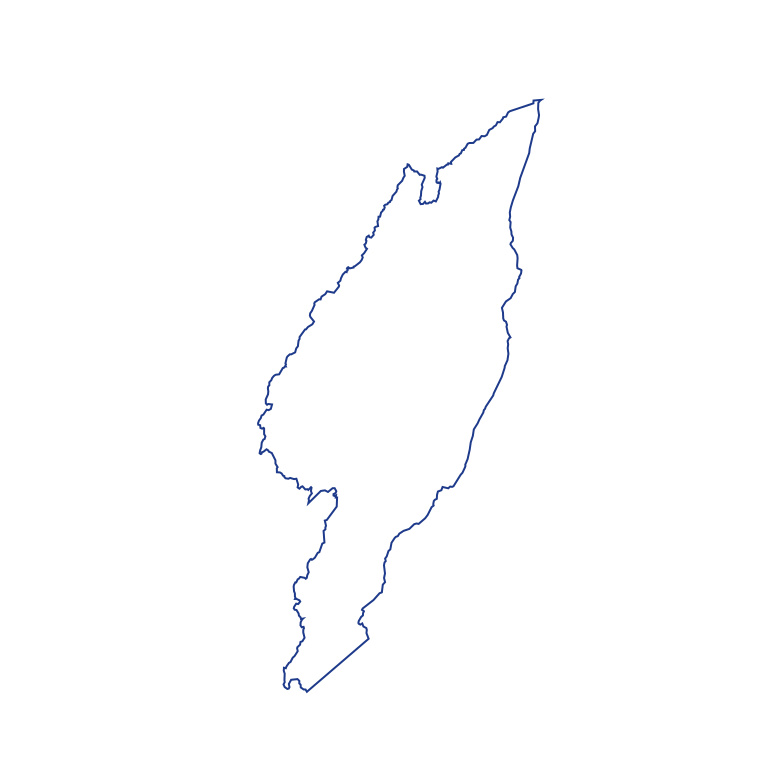 outline of Condorcanqui, Amazonas, Peru, rotated 19°
{"feature_id": "86281439B49364565182822", "entity_name": "Condorcanqui", "entity_type": "district", "adm_level": 2, "iso_a3": "PER", "parent_name": "Peru", "parent_adm1": "Amazonas", "projection": "equal_earth", "projection_center": [-78.171, -4.2], "detail": "fine", "context": "isolated", "style": "outline", "palette": "blue", "viewbox_px": 768, "rotation_deg": 19, "n_neighbors": 0, "source": "geoboundaries", "source_scale": "gbopen_adm2", "svg_char_len": 6146}
<svg xmlns="http://www.w3.org/2000/svg" viewBox="0 0 768 768"><g transform="rotate(19 384 384)"><path d="M381.8,684.9L382.6,687.8L384.4,690.2L386.3,696.5L387.2,698.2L386.8,700.8L388.8,702.9L391.9,703.8L393.1,703.0L393.3,701.4L391.7,698.6L392.5,693.9L398.3,691.2L400.6,692.3L401.4,694.7L403.0,695.4L404.1,698.0L407.5,699.0L409.3,698.4L411.3,700.1L452.4,629.9L448.5,625.2L447.8,622.1L446.7,620.5L443.5,620.0L441.4,617.5L440.0,619.2L438.2,618.9L437.6,618.3L437.3,616.4L438.2,611.7L439.4,609.7L438.8,607.5L439.0,605.4L436.7,604.7L436.9,603.2L444.4,591.7L447.9,583.3L449.8,581.7L448.2,574.1L449.5,571.0L447.2,567.4L446.6,562.8L443.0,555.4L442.6,552.5L443.3,550.9L441.9,548.7L442.7,546.1L442.6,540.4L443.8,538.3L442.8,531.7L444.2,526.2L444.9,524.7L446.6,523.3L447.2,520.5L450.3,516.5L455.1,512.8L458.2,506.7L460.2,505.3L462.3,505.0L466.6,497.6L467.9,493.7L469.1,484.9L470.5,482.8L469.7,481.6L469.2,478.4L469.8,476.9L471.3,475.4L470.2,471.4L470.0,468.1L472.8,465.8L472.9,462.3L478.7,461.7L480.0,459.4L481.9,459.1L483.0,458.0L486.0,444.9L487.1,442.3L487.7,436.5L487.7,435.1L487.1,433.8L487.5,427.8L486.4,418.1L485.0,410.8L484.9,404.2L483.7,397.7L485.4,390.5L485.7,386.8L487.2,378.6L486.9,376.2L487.6,374.6L487.6,372.4L491.0,359.2L490.8,357.3L493.0,339.0L492.8,329.4L492.4,327.8L493.0,321.4L491.8,314.9L489.3,309.9L488.5,306.1L486.9,303.2L487.3,300.1L488.4,298.8L484.4,295.3L481.1,289.8L481.1,288.1L479.1,285.4L476.7,284.8L475.4,283.2L473.2,277.6L470.7,273.6L472.4,266.3L475.8,261.6L476.5,257.0L477.8,254.4L476.7,248.7L477.4,245.7L476.8,241.6L477.6,239.8L476.9,238.9L477.6,235.0L477.0,231.9L476.6,231.4L472.5,231.1L471.3,228.7L469.3,221.4L467.9,218.6L463.3,214.3L461.4,213.5L458.1,210.8L458.0,209.5L459.2,206.6L458.4,203.6L455.9,201.1L454.7,198.2L452.4,195.0L451.0,189.7L449.1,188.2L448.8,184.7L447.1,180.9L446.4,175.7L446.1,168.4L446.6,153.3L445.7,144.7L446.1,118.4L445.1,113.8L443.6,98.8L444.6,95.8L442.9,91.3L444.2,87.5L443.6,82.2L443.1,79.4L440.2,73.9L438.4,68.0L439.2,65.4L440.1,64.2L433.1,67.3L433.9,70.0L414.2,85.1L412.9,86.9L412.4,91.4L409.9,93.0L410.0,94.2L408.4,98.8L406.1,99.4L405.6,103.0L404.0,104.9L403.4,106.7L400.8,109.5L400.2,115.0L398.5,117.0L395.5,117.8L394.3,121.8L391.9,122.8L390.0,127.0L386.3,128.3L384.9,129.6L384.1,134.1L383.1,135.5L383.4,136.6L381.8,137.5L381.6,140.9L380.6,141.8L380.4,143.5L377.7,146.5L375.0,152.2L375.9,153.9L372.9,154.4L373.0,155.7L372.0,156.1L369.3,160.3L368.2,160.1L365.5,162.8L364.3,162.9L365.5,165.6L366.0,170.9L367.6,172.7L367.2,174.0L367.8,175.9L368.9,176.5L369.6,175.8L370.4,176.2L371.2,176.0L371.4,175.1L372.3,176.3L373.2,182.3L373.0,184.3L373.9,185.9L373.9,188.4L374.3,189.4L373.6,194.5L371.2,194.4L369.7,197.2L367.9,197.4L367.0,198.8L365.0,199.7L363.4,198.4L362.3,201.0L360.1,202.0L357.3,199.3L358.4,197.4L357.7,196.2L357.6,193.8L356.4,189.5L356.3,185.3L354.8,183.2L355.4,175.9L354.5,173.9L350.7,174.0L349.7,174.6L346.1,172.3L343.4,173.2L342.7,172.4L340.5,172.2L336.1,168.6L334.8,168.6L335.3,171.1L332.9,174.2L333.7,176.7L335.8,180.4L335.2,182.7L335.0,186.0L332.3,191.6L332.6,193.6L333.4,194.6L333.0,195.9L333.1,198.1L330.9,203.4L331.2,207.5L330.2,209.2L330.4,210.0L329.0,211.2L328.7,212.9L326.8,214.1L326.1,215.5L327.2,216.8L327.1,219.1L326.3,219.6L326.4,220.7L325.4,222.8L325.8,227.0L324.4,227.6L325.1,230.3L324.8,232.3L327.0,236.6L324.7,238.3L324.2,239.3L325.4,241.8L324.5,244.4L325.7,246.3L324.3,249.7L322.4,249.9L321.3,248.7L319.8,250.6L319.9,253.7L320.8,254.4L321.0,257.0L320.1,258.7L322.2,261.1L323.9,261.7L322.6,266.8L321.2,269.6L322.7,271.3L322.5,274.1L321.6,276.8L318.0,282.3L317.1,282.9L317.3,283.8L314.0,285.8L312.2,285.2L311.5,286.0L311.4,287.0L312.4,287.1L312.6,288.5L312.0,289.6L312.2,290.4L311.0,290.5L309.4,293.9L308.9,297.9L309.1,300.6L307.4,303.4L309.5,305.5L309.6,306.7L307.0,314.0L300.0,314.9L299.2,318.2L296.5,321.7L296.5,324.7L295.1,325.0L291.9,329.3L291.9,330.8L292.6,331.8L292.0,338.4L291.2,341.1L291.6,343.3L292.6,344.6L297.5,347.7L296.8,350.9L293.5,354.9L292.5,357.7L291.6,358.1L288.9,367.0L289.5,368.9L289.1,370.8L290.3,376.4L289.4,379.0L289.7,383.0L286.7,386.1L285.3,386.6L283.7,389.5L283.5,391.0L284.1,396.6L284.9,397.3L284.8,398.7L285.5,399.4L284.6,399.8L284.0,401.3L283.1,401.9L281.7,409.0L278.6,410.5L277.3,412.1L276.3,414.7L276.2,417.1L275.0,419.7L276.0,422.6L275.3,424.1L275.7,426.1L277.0,428.6L277.7,431.5L277.2,437.1L278.6,440.8L280.2,441.7L281.0,440.6L284.8,439.8L285.1,444.4L283.4,446.3L281.4,446.5L279.9,452.2L278.5,453.7L278.6,456.5L277.7,459.3L277.7,462.1L278.3,463.4L280.3,463.3L281.5,465.8L283.3,465.9L284.4,464.7L285.1,465.0L287.0,470.5L288.9,472.1L289.0,474.9L288.0,475.9L287.5,479.3L288.6,483.9L288.5,487.0L288.9,489.9L290.1,490.4L290.8,489.9L290.9,488.1L292.0,487.4L294.2,484.0L296.2,484.5L297.0,485.4L300.4,485.8L306.2,491.5L307.3,494.6L310.5,497.3L310.1,498.6L311.5,502.3L314.4,501.5L316.3,501.9L318.5,503.6L319.7,503.5L320.3,504.6L321.7,505.2L324.4,504.7L325.8,503.4L329.9,503.2L332.0,502.1L335.6,507.0L336.0,509.9L338.1,510.5L339.3,508.0L340.3,507.3L343.9,509.3L345.9,508.4L346.9,508.8L348.6,505.3L349.2,505.6L349.8,509.1L351.4,510.9L350.3,514.0L350.0,516.9L351.0,518.7L351.3,521.4L359.1,505.7L362.8,503.8L366.2,504.3L369.3,499.3L371.3,498.6L373.8,500.9L373.8,502.7L372.1,504.5L372.6,505.9L373.5,506.0L374.9,504.8L375.3,507.1L376.6,506.6L379.2,515.3L374.2,531.2L372.5,532.4L375.3,536.9L375.3,538.8L375.9,540.5L374.7,542.6L379.3,553.3L377.6,555.0L377.6,564.1L376.3,565.2L375.2,570.7L373.8,572.9L373.0,573.7L372.0,573.2L371.3,574.0L370.3,578.3L371.2,582.3L374.1,586.5L373.7,589.7L374.1,592.4L373.4,593.6L372.1,593.1L367.6,593.7L367.0,595.6L366.0,596.8L365.6,600.2L364.7,600.5L364.3,603.2L364.5,604.9L366.4,609.2L367.9,611.0L369.0,614.0L369.9,615.0L369.8,616.2L371.2,615.7L374.6,616.1L375.6,617.0L374.5,620.0L372.5,620.3L371.6,623.8L371.7,625.5L373.0,626.5L374.8,626.2L377.9,628.7L379.0,630.7L381.2,631.9L382.0,633.2L383.8,632.2L383.2,633.3L382.8,636.4L383.6,639.4L385.4,640.8L387.0,639.8L387.8,640.9L387.7,642.7L388.6,645.3L391.5,649.8L390.6,653.8L389.0,655.1L389.5,657.8L387.8,661.1L387.9,662.2L389.4,664.7L388.0,670.4L386.8,672.5L386.1,677.3L384.9,678.7L383.7,683.0L383.7,684.7L381.8,684.9Z" fill="none" stroke="#1e3a8a" stroke-width="2"/></g></svg>